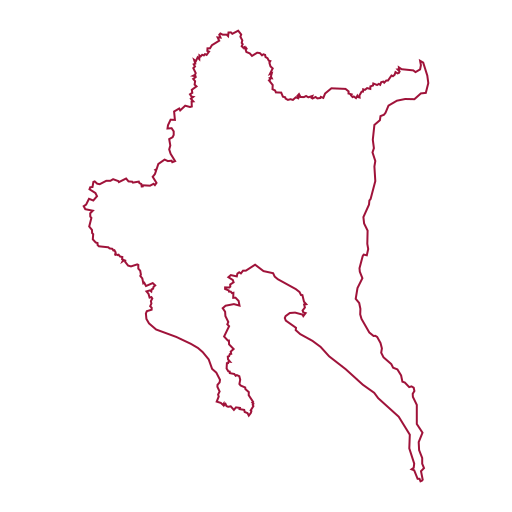 Mueang Trat, Trat, Thailand
{"feature_id": "78962969B49294102146766", "entity_name": "Mueang Trat", "entity_type": "district", "adm_level": 2, "iso_a3": "THA", "parent_name": "Thailand", "parent_adm1": "Trat", "projection": "albers", "projection_center": [102.588, 12.22], "detail": "fine", "context": "isolated", "style": "outline", "palette": "rose", "viewbox_px": 512, "rotation_deg": 0, "n_neighbors": 0, "source": "geoboundaries", "source_scale": "gbopen_adm2", "svg_char_len": 5937}
<svg xmlns="http://www.w3.org/2000/svg" viewBox="0 0 512 512"><path d="M220.4,33.5L219.3,34.7L220.5,37.6L217.6,37.4L219.2,40.7L211.9,45.2L210.0,48.3L207.5,48.3L207.3,50.9L209.0,51.6L206.6,54.9L205.0,54.1L203.9,55.4L202.2,54.8L200.7,56.4L199.4,55.4L199.3,59.2L197.6,57.4L195.9,61.1L194.1,59.8L195.3,63.6L193.7,64.3L195.0,66.5L193.3,68.1L195.7,73.1L195.0,74.8L193.1,75.8L195.5,76.2L195.7,77.1L193.2,78.9L195.1,81.2L194.6,84.6L196.5,86.4L191.8,89.8L192.3,92.8L190.0,94.3L191.5,96.6L193.2,96.9L190.9,98.7L193.3,101.4L191.6,101.6L191.8,106.5L190.0,107.0L185.2,105.7L180.2,110.4L179.2,108.5L174.1,111.5L174.9,119.9L170.6,119.7L168.0,125.2L167.5,128.5L171.6,128.2L173.7,131.4L173.7,134.9L172.6,137.2L169.2,139.1L170.3,145.5L169.2,149.4L170.6,153.8L175.1,161.1L172.3,162.2L171.6,160.7L167.9,161.1L164.6,159.6L158.3,164.0L156.6,169.2L155.3,169.9L156.1,170.7L154.9,174.1L152.7,176.8L156.5,182.9L154.9,185.1L153.6,183.8L150.0,185.7L143.2,185.3L142.8,186.4L141.7,186.5L141.3,184.0L139.4,183.1L138.8,181.6L132.9,182.6L132.2,181.7L128.5,181.4L126.1,178.5L118.9,182.1L118.3,181.1L113.1,179.2L110.4,180.8L106.3,180.8L99.7,184.2L97.2,183.7L94.7,181.4L93.4,181.9L92.5,187.0L90.2,187.3L89.5,189.3L95.4,193.0L97.0,196.2L93.3,200.5L89.0,198.8L86.1,204.6L83.7,206.2L85.3,209.2L92.8,210.7L90.2,213.3L90.3,216.6L91.4,217.9L89.2,226.5L92.0,230.0L92.1,233.0L93.2,234.2L92.8,239.3L95.7,242.5L97.5,243.0L97.6,245.0L98.9,246.3L108.4,247.3L109.5,248.4L112.3,248.8L113.4,250.5L114.4,250.2L115.6,252.3L115.0,255.4L116.0,254.2L117.6,255.1L118.6,254.7L120.0,256.5L122.3,257.0L122.1,259.2L123.3,259.8L122.6,261.3L124.2,260.2L125.3,260.6L125.2,261.9L128.1,265.6L131.0,266.4L137.2,264.4L138.3,264.9L138.3,268.6L140.2,270.7L140.9,274.6L140.3,275.9L142.3,278.4L143.3,283.3L144.2,282.7L146.0,286.0L152.7,283.1L155.2,285.4L153.5,286.9L153.1,288.7L151.7,289.3L151.3,291.5L149.9,290.4L146.5,291.4L148.5,293.8L149.6,297.6L151.4,297.1L152.3,298.5L150.9,301.1L151.4,303.5L150.2,306.2L151.7,307.8L151.6,309.7L146.8,311.2L145.9,313.5L146.4,318.9L149.0,323.4L156.1,329.5L176.2,336.9L190.8,343.8L198.0,348.0L202.8,352.2L208.7,359.4L212.1,368.9L216.3,372.6L220.0,379.8L219.6,382.4L217.5,384.8L217.4,386.8L219.6,391.5L218.1,394.5L218.7,396.6L216.7,401.6L220.8,402.9L222.9,404.8L223.8,403.5L224.1,405.3L225.5,403.9L226.5,406.1L228.2,406.8L230.7,406.3L233.9,409.9L236.0,407.4L239.9,407.9L239.6,409.1L244.2,409.9L244.7,412.0L247.5,413.1L248.8,415.6L250.8,413.0L251.4,411.1L250.7,410.4L253.4,406.1L252.7,404.8L253.4,403.8L252.3,402.6L253.1,401.9L248.7,395.2L248.8,392.1L245.4,389.1L245.2,387.5L240.6,385.5L239.4,384.0L240.2,379.7L239.3,376.2L236.8,375.1L235.7,375.8L234.3,374.0L229.8,373.1L229.7,371.6L228.3,371.3L226.6,368.5L226.9,363.2L228.1,363.1L228.6,361.5L230.0,361.7L228.0,359.3L227.8,356.6L229.1,356.2L229.8,354.1L231.2,353.8L230.7,351.6L233.6,349.0L229.1,344.4L228.9,340.5L227.8,340.5L224.1,336.5L229.1,326.2L227.3,324.3L228.3,322.0L225.4,316.1L225.1,311.7L222.7,308.2L225.6,305.7L233.9,304.1L239.5,305.6L238.6,300.9L235.5,297.7L233.2,297.8L233.4,292.8L232.0,293.1L230.7,291.6L229.0,291.6L228.7,290.4L225.1,289.0L225.1,287.4L229.4,287.5L230.3,286.6L230.2,284.5L233.6,282.3L232.8,280.0L228.4,277.2L230.8,275.1L236.8,276.4L237.4,273.6L239.2,272.3L240.9,273.4L243.0,270.7L245.8,270.7L255.1,264.7L263.5,271.1L273.1,273.2L274.7,276.6L277.8,279.2L295.8,289.1L299.5,292.0L301.0,295.0L302.4,295.1L304.0,301.7L306.2,304.2L304.1,304.5L304.9,307.5L302.6,310.5L303.3,312.4L305.6,313.1L303.3,316.1L302.5,314.6L295.1,312.6L289.8,313.0L285.6,316.1L284.8,318.0L285.8,320.6L296.0,327.8L295.7,330.1L300.2,334.1L312.5,340.9L320.6,346.9L329.1,356.3L345.7,369.2L362.8,384.7L374.2,392.8L378.2,398.2L398.7,416.7L409.8,434.7L409.3,448.4L414.2,463.6L413.7,467.8L411.6,469.3L414.2,470.3L417.6,478.8L419.5,478.8L420.5,481.3L421.9,480.7L422.7,479.7L421.0,471.2L424.0,468.1L422.2,463.7L422.2,458.0L419.1,450.1L418.7,442.1L422.5,432.7L416.8,424.0L416.8,404.9L412.9,396.9L412.7,393.8L414.4,391.0L413.7,387.7L411.5,386.4L409.2,387.1L404.8,382.5L402.4,381.7L401.1,375.4L397.4,369.4L393.1,367.7L391.3,364.1L383.5,357.3L381.2,352.7L381.9,348.4L380.5,343.0L377.2,337.0L375.3,335.8L373.6,336.0L369.3,332.5L361.5,318.9L360.2,314.4L360.4,308.9L359.2,303.0L355.7,298.8L357.5,288.0L362.4,278.2L359.8,271.7L359.5,268.2L362.7,256.1L363.7,254.6L366.8,255.3L368.2,249.0L367.3,243.9L367.6,230.6L364.1,223.5L363.4,217.1L369.0,204.6L369.4,200.5L370.6,199.0L375.3,181.1L374.4,166.5L375.3,161.0L372.5,152.4L373.9,148.2L372.8,139.7L374.4,124.9L379.9,120.2L380.5,116.1L383.9,114.8L385.5,112.8L388.5,105.6L396.9,100.7L405.2,99.0L414.4,99.2L420.9,93.4L425.8,92.9L428.3,83.1L427.3,75.6L423.2,62.6L420.1,60.8L420.9,65.2L420.1,69.4L415.5,72.1L413.3,70.4L401.6,69.2L398.9,67.4L399.1,69.2L397.6,69.4L399.6,71.4L399.0,72.8L397.6,73.4L395.5,72.1L394.6,74.8L392.9,76.2L391.5,75.5L388.0,80.5L386.3,80.5L384.2,82.7L383.3,81.6L381.2,82.2L380.2,84.8L378.8,83.9L377.1,85.0L373.3,83.5L373.0,85.5L370.4,86.4L370.3,88.9L367.1,88.1L364.9,89.9L363.2,89.3L363.0,91.6L361.6,91.7L359.4,95.5L359.6,97.5L357.8,97.0L357.3,95.8L356.0,98.1L353.8,96.5L352.6,97.1L351.0,95.3L351.6,94.4L348.5,93.5L348.6,91.4L345.5,88.9L331.4,88.3L325.1,93.5L323.3,97.9L320.8,96.9L320.3,98.0L317.4,98.4L315.6,97.0L312.5,98.5L311.5,97.8L312.3,96.0L308.3,97.3L306.1,96.0L303.9,97.1L300.5,97.0L299.0,94.1L297.5,95.8L298.8,97.0L298.3,98.3L295.8,97.3L292.9,99.9L290.5,99.2L287.9,99.9L285.6,98.6L285.2,97.3L282.9,96.7L281.2,92.6L275.9,92.4L275.1,90.5L272.5,89.2L272.7,85.0L269.0,80.4L270.0,79.7L269.7,78.1L271.8,78.3L270.9,76.5L271.8,73.2L269.9,74.0L272.7,68.4L270.5,66.4L269.4,62.8L270.3,61.1L268.8,60.7L267.5,58.2L265.5,57.0L265.1,54.9L263.4,54.3L262.0,55.3L259.9,53.1L257.2,52.7L252.0,55.9L249.8,53.4L246.4,52.0L245.6,49.6L246.6,48.7L245.8,47.5L244.4,48.1L244.4,47.1L243.2,47.7L241.7,46.2L242.7,44.2L241.7,42.9L242.3,40.4L240.4,36.7L241.2,34.5L238.2,30.7L232.3,33.8L230.9,32.4L228.5,32.5L228.1,36.1L226.7,34.7L222.7,34.7L220.4,33.5Z" fill="none" stroke="#9f1239" stroke-width="2"/></svg>